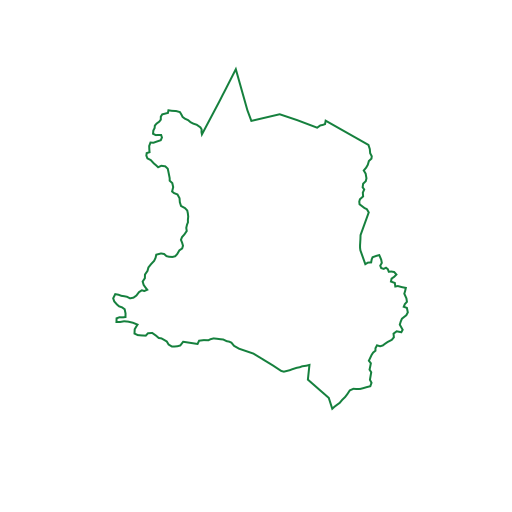 the district of Lagarto, Sergipe, Brazil, rotated 239°
{"feature_id": "56859067B5809148773730", "entity_name": "Lagarto", "entity_type": "district", "adm_level": 2, "iso_a3": "BRA", "parent_name": "Brazil", "parent_adm1": "Sergipe", "projection": "orthographic", "projection_center": [-37.666, -10.882], "detail": "fine", "context": "isolated", "style": "outline", "palette": "green", "viewbox_px": 512, "rotation_deg": 239, "n_neighbors": 0, "source": "geoboundaries", "source_scale": "gbopen_adm2", "svg_char_len": 3699}
<svg xmlns="http://www.w3.org/2000/svg" viewBox="0 0 512 512"><g transform="rotate(239 256 256)"><path d="M365.3,349.3L367.2,343.4L374.2,321.6L385.4,323.7L426.5,334.9L413.8,314.6L411.0,310.0L408.4,305.9L406.5,302.8L388.1,272.3L390.3,273.1L392.5,274.6L394.9,274.6L399.0,272.8L401.8,270.4L404.4,268.8L407.4,267.8L410.3,265.8L413.0,264.7L415.6,264.9L418.5,264.9L421.3,262.3L423.9,258.5L426.0,256.0L424.0,254.2L424.7,251.9L425.7,248.6L424.5,246.2L421.9,244.6L421.0,242.3L420.7,239.0L419.9,236.5L417.9,235.0L416.4,232.6L413.8,230.7L411.3,232.3L410.2,234.3L408.6,237.0L406.0,236.4L404.3,234.0L405.2,229.9L405.9,226.4L407.6,224.0L405.3,221.1L402.2,219.4L399.8,218.2L400.5,215.3L398.5,213.7L395.6,213.2L392.4,215.2L388.0,216.1L385.1,217.1L382.5,217.8L382.1,221.3L379.6,224.4L376.3,225.3L373.6,224.4L370.8,223.4L367.2,222.1L365.0,220.8L361.6,221.8L357.7,220.5L354.5,217.3L352.2,218.1L349.2,220.4L344.9,220.2L341.3,218.4L337.5,217.5L333.6,219.8L330.4,220.5L327.8,219.6L324.7,218.2L322.0,216.2L319.9,215.0L318.4,213.0L316.0,210.7L313.1,209.5L311.4,205.8L310.3,202.3L308.5,200.0L305.4,199.5L302.4,198.7L300.5,196.6L300.3,193.2L298.2,189.4L297.4,186.6L298.2,183.9L300.2,181.0L302.0,179.2L305.0,178.3L307.1,175.9L308.5,171.2L306.2,169.0L304.3,166.2L303.1,161.9L301.6,157.9L299.1,155.3L297.3,151.3L294.2,149.3L292.5,145.7L289.1,144.8L286.2,145.0L283.1,145.4L283.5,142.2L285.4,140.5L285.3,137.1L283.7,133.1L283.4,129.5L284.6,126.2L287.5,124.4L289.5,122.2L291.2,120.1L293.7,118.1L295.8,115.7L293.3,111.8L290.1,111.1L286.2,111.8L283.4,112.7L281.0,114.7L278.0,116.0L274.0,114.6L270.9,112.7L271.9,110.4L273.8,107.4L274.4,104.4L271.3,102.4L269.4,105.6L268.0,109.3L265.6,112.6L262.2,116.1L258.2,119.1L257.0,116.7L255.7,114.3L252.1,111.9L249.1,113.9L246.7,117.2L244.5,120.5L245.4,123.6L243.5,127.4L239.2,129.3L235.8,130.4L234.1,132.5L232.0,133.7L228.7,135.5L225.1,135.5L221.7,137.3L220.3,139.7L219.1,142.2L218.3,145.0L220.0,149.4L210.7,160.6L212.7,163.6L210.8,167.9L208.3,171.8L208.1,174.2L207.2,177.2L205.1,180.0L203.1,182.5L201.3,184.9L198.1,187.0L196.4,188.9L194.4,190.3L190.3,190.9L188.0,192.2L185.3,193.7L173.7,203.5L153.3,214.2L144.5,218.4L142.5,220.3L141.6,223.2L140.7,226.2L140.3,228.6L139.2,233.3L138.1,236.3L137.7,238.7L136.0,242.7L135.1,245.7L123.3,236.8L106.8,242.1L96.9,245.3L85.8,242.7L86.4,245.7L86.7,248.6L87.0,252.1L88.3,255.8L89.2,259.7L90.5,263.0L92.5,267.2L92.0,271.1L90.1,273.8L88.4,276.8L87.5,279.8L86.6,283.3L85.5,286.9L87.8,289.7L91.2,289.9L94.0,292.3L97.0,294.9L100.1,294.8L102.9,297.4L104.9,299.2L108.1,298.8L110.1,301.8L111.7,304.2L112.9,306.7L113.3,309.6L115.4,310.9L117.1,313.7L114.7,315.9L114.0,318.6L114.3,321.1L114.5,324.5L114.2,329.2L115.3,332.3L118.6,333.9L119.0,337.8L115.8,341.3L117.2,343.7L120.0,343.8L123.1,343.9L125.2,346.2L127.1,348.8L127.5,351.8L127.8,354.3L129.5,357.1L133.8,358.6L136.4,356.5L138.1,358.8L139.0,361.8L142.2,363.1L147.3,363.7L149.4,366.0L151.5,368.0L154.1,365.1L157.2,362.1L158.1,359.7L161.4,361.1L164.6,358.5L166.8,360.6L167.0,363.8L167.8,366.8L171.1,366.2L173.0,364.0L174.1,361.7L176.8,362.2L179.0,361.4L179.2,358.8L181.2,357.1L183.7,357.5L185.3,360.3L188.3,361.4L190.9,361.8L193.3,362.1L194.1,359.3L194.9,355.3L193.5,353.4L191.2,351.4L192.7,348.5L192.7,345.5L207.1,348.4L209.4,349.4L211.6,350.7L216.7,354.2L220.1,356.4L235.3,375.1L239.1,375.1L241.2,373.7L243.5,372.8L247.0,371.4L249.4,372.5L251.1,374.3L251.9,378.5L255.3,380.2L257.3,383.0L260.0,382.8L262.8,385.1L263.6,388.6L265.7,390.7L267.8,391.5L270.1,392.4L273.8,392.4L275.0,395.9L276.6,398.8L279.3,401.7L280.0,405.1L281.9,406.6L285.3,406.8L289.0,408.6L293.3,409.6L336.1,385.4L333.5,383.1L334.0,380.6L334.8,378.4L334.5,374.5L351.1,361.4L365.3,349.3Z" fill="none" stroke="#15803d" stroke-width="2"/></g></svg>